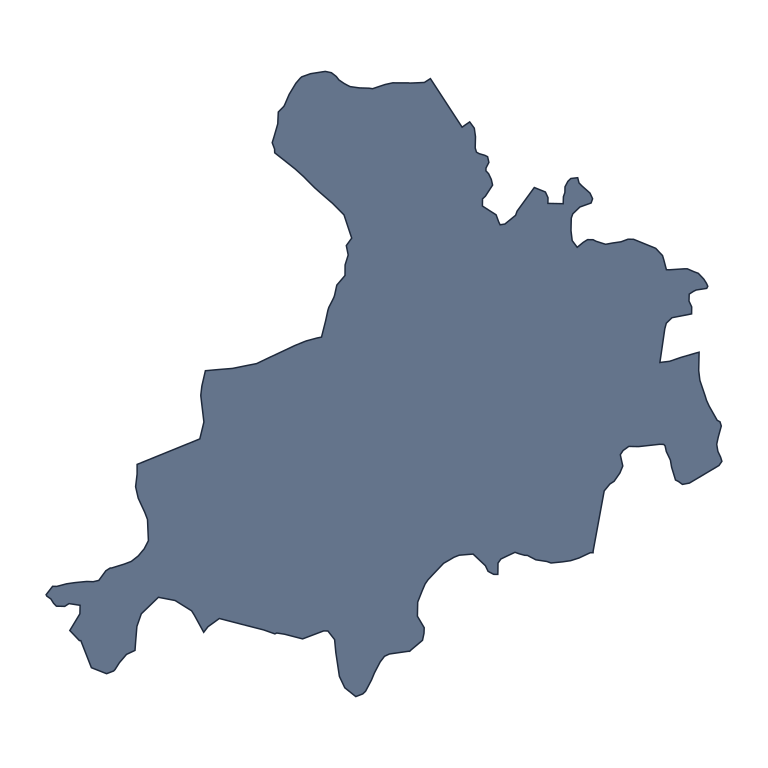 outline of Kafr Saqr, Ash Sharqiyah, Egypt
{"feature_id": "37247803B80912790531935", "entity_name": "Kafr Saqr", "entity_type": "district", "adm_level": 2, "iso_a3": "EGY", "parent_name": "Egypt", "parent_adm1": "Ash Sharqiyah", "projection": "albers", "projection_center": [31.663, 30.836], "detail": "fine", "context": "isolated", "style": "filled", "palette": "slate", "viewbox_px": 768, "rotation_deg": 0, "n_neighbors": 0, "source": "geoboundaries", "source_scale": "gbopen_adm2", "svg_char_len": 4162}
<svg xmlns="http://www.w3.org/2000/svg" viewBox="0 0 768 768"><path d="M717.2,420.3L709.1,406.0L706.5,400.3L705.2,396.0L699.9,380.4L698.7,370.5L699.1,352.2L695.7,353.1L680.9,357.4L669.6,361.3L662.8,362.1L659.9,362.5L664.8,328.8L666.3,323.2L672.0,317.7L691.6,313.9L691.7,306.9L689.0,301.1L689.2,294.1L693.4,291.4L696.2,290.0L706.7,288.4L707.8,286.3L706.5,283.4L703.8,279.1L698.3,273.3L694.2,271.8L687.3,268.8L684.5,268.8L669.1,269.8L666.4,269.7L663.8,259.8L662.5,255.5L659.5,252.4L658.4,251.2L655.7,248.3L633.6,239.3L628.0,239.2L621.0,241.8L612.6,243.0L605.6,244.3L595.9,241.2L593.1,239.7L590.3,239.7L587.6,239.6L583.3,242.3L577.2,247.3L572.2,240.6L571.0,230.7L571.1,225.1L571.3,218.0L572.8,213.8L577.1,209.7L579.9,207.0L591.1,203.0L592.6,198.8L592.0,197.4L590.0,193.1L581.8,185.8L579.0,182.9L577.7,177.7L570.8,178.5L567.9,181.3L565.0,186.8L564.9,192.5L563.4,196.7L563.2,203.7L547.9,203.4L548.0,197.7L545.4,192.0L534.3,187.5L517.1,211.1L515.6,215.3L504.8,224.1L503.7,224.2L500.1,224.8L498.7,221.9L496.1,214.8L489.2,210.4L482.4,206.0L482.5,200.8L482.5,198.9L485.4,196.2L492.6,185.1L491.3,179.4L488.6,173.7L485.9,170.8L486.0,168.0L488.9,162.4L487.6,156.7L484.8,155.3L479.3,153.7L476.5,152.2L475.2,148.0L475.5,136.7L474.3,128.2L469.7,121.9L465.3,124.9L462.1,127.2L430.4,78.6L424.3,82.5L423.1,82.5L417.0,82.8L409.7,83.1L408.6,82.9L396.1,82.9L392.9,82.8L385.1,84.5L376.7,87.3L372.6,88.7L369.2,88.2L359.4,87.9L350.1,86.6L347.5,85.3L344.0,83.4L338.9,79.9L336.3,76.5L331.4,72.7L325.3,71.4L323.3,71.7L310.5,73.7L305.5,75.5L301.8,76.8L300.3,78.1L295.9,83.2L289.2,94.3L284.8,104.5L283.9,106.3L278.3,112.0L277.9,120.6L277.8,123.7L274.1,136.5L272.2,142.7L274.6,149.1L274.6,150.5L274.7,152.8L295.3,169.1L303.8,176.8L307.2,180.3L311.2,184.3L314.9,188.0L320.8,193.2L331.3,202.3L332.4,203.2L344.0,214.9L348.4,228.2L351.7,238.1L346.3,245.6L348.2,255.0L345.1,264.9L345.0,275.5L336.8,285.1L334.6,295.2L333.9,297.3L332.4,300.4L328.8,307.4L327.9,310.3L325.6,320.9L321.5,337.1L317.0,338.0L306.3,340.9L304.2,341.7L294.9,345.5L293.8,346.0L284.1,350.6L270.8,356.8L256.6,363.6L246.9,365.5L232.6,368.4L217.7,369.6L206.8,370.6L205.4,370.7L202.0,385.4L201.8,386.5L200.8,395.2L200.9,396.6L203.9,422.0L201.9,430.3L199.8,438.9L137.1,464.4L137.1,474.1L135.6,486.7L138.2,498.1L140.8,503.8L144.8,512.4L147.5,519.5L148.4,540.7L144.1,549.0L142.7,550.6L138.3,555.9L131.3,561.4L124.2,564.1L111.6,568.0L110.2,568.0L105.9,570.7L98.8,580.4L93.2,581.7L88.1,581.5L86.2,581.5L75.0,582.6L66.6,583.8L56.8,586.4L52.6,586.3L46.1,594.7L46.8,596.1L50.9,599.0L53.6,603.3L56.4,606.2L62.0,606.3L64.7,606.4L69.0,603.6L80.1,605.3L79.9,613.8L69.8,630.5L74.2,635.1L79.4,640.6L80.8,640.6L91.4,667.7L106.6,673.7L113.6,671.0L115.0,669.6L119.4,662.7L126.5,654.4L135.0,650.4L135.7,640.9L136.9,626.4L141.3,613.8L146.5,608.8L152.7,602.8L158.4,597.3L175.1,600.5L191.6,610.8L194.3,615.1L201.7,628.6L203.7,632.3L208.0,626.7L213.7,622.6L219.3,618.5L234.4,622.4L237.2,623.1L241.3,624.2L263.6,629.9L274.9,633.9L276.7,633.0L279.3,633.4L284.5,634.2L288.0,635.1L302.6,638.9L307.6,637.0L323.7,630.9L327.9,631.0L334.6,639.6L335.8,652.4L339.4,676.4L344.8,687.8L355.8,696.6L362.8,693.9L365.6,691.2L371.5,680.0L374.4,673.0L380.2,661.9L384.5,656.3L389.4,654.0L408.3,651.3L409.7,651.3L411.1,649.9L422.5,640.3L424.0,633.3L424.2,627.7L420.6,621.6L417.4,616.2L417.7,602.1L422.1,591.0L425.1,584.0L428.0,579.8L432.3,575.2L443.6,563.3L449.7,559.8L453.9,557.3L459.2,555.2L469.0,554.4L473.1,554.1L478.2,558.9L485.4,565.7L488.1,571.4L493.6,574.3L495.3,574.4L496.4,574.4L497.8,574.4L497.9,571.6L498.0,563.1L500.9,559.0L506.7,556.2L515.0,552.3L519.2,553.8L524.7,555.3L527.5,555.4L530.2,556.9L533.0,558.3L535.8,559.8L546.9,561.5L551.0,563.0L562.2,561.9L570.6,560.7L579.0,558.0L590.3,552.7L593.1,552.7L593.1,551.3L598.5,521.9L604.2,490.9L609.9,484.0L614.1,481.3L619.9,473.0L622.8,466.0L621.5,460.3L620.3,454.7L623.1,450.5L628.8,446.4L633.0,446.5L638.6,446.6L659.5,444.3L663.7,444.4L665.1,445.9L666.3,451.5L670.4,460.1L671.6,467.2L675.5,480.0L678.3,481.4L679.3,482.1L682.4,484.4L689.4,483.1L719.0,465.5L721.9,461.3L720.6,457.1L717.9,451.4L716.7,444.3L718.2,437.3L721.3,426.0L720.0,421.8L717.2,420.3Z" fill="#64748b" stroke="#1e293b" stroke-width="1.5"/></svg>